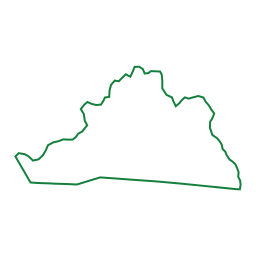 Conceição do Jacuípe, Bahia, Brazil (Robinson projection)
{"feature_id": "56859067B72912801281575", "entity_name": "Conceição do Jacuípe", "entity_type": "district", "adm_level": 2, "iso_a3": "BRA", "parent_name": "Brazil", "parent_adm1": "Bahia", "projection": "robinson", "projection_center": [-38.743, -12.327], "detail": "fine", "context": "isolated", "style": "outline", "palette": "green", "viewbox_px": 256, "rotation_deg": 0, "n_neighbors": 0, "source": "geoboundaries", "source_scale": "gbopen_adm2", "svg_char_len": 1253}
<svg xmlns="http://www.w3.org/2000/svg" viewBox="0 0 256 256"><path d="M239.9,189.3L240.6,184.7L240.1,180.5L238.2,176.7L238.6,172.3L237.1,168.1L235.3,164.1L232.5,161.6L229.6,159.5L226.8,155.5L225.2,151.5L222.6,149.1L221.8,144.8L219.6,141.2L217.0,138.1L212.4,135.0L209.9,127.8L210.1,121.9L212.3,118.3L214.2,113.5L211.4,109.7L208.9,105.5L205.5,101.5L203.4,97.5L198.3,96.0L193.6,97.2L188.8,98.6L184.8,97.4L181.7,100.3L179.3,103.2L175.8,106.2L173.3,101.1L172.0,97.4L166.4,94.8L162.3,88.4L162.3,81.2L161.8,74.9L160.1,71.5L155.4,71.3L151.1,71.1L148.3,73.1L144.7,73.5L142.8,69.0L139.0,66.7L134.6,66.9L132.8,71.5L130.3,76.7L125.7,74.3L122.4,77.6L118.8,81.2L114.7,80.6L111.0,85.0L109.5,90.8L109.2,96.9L104.9,97.5L103.3,101.0L101.0,104.6L96.2,105.0L91.6,103.9L87.4,102.0L84.5,104.5L80.8,109.1L83.8,114.0L84.8,120.8L87.2,125.3L84.8,128.2L82.1,131.6L78.2,133.7L75.9,137.0L72.6,139.6L67.9,139.6L63.1,139.4L58.5,141.2L53.5,142.3L48.0,145.2L45.8,150.3L42.8,155.4L38.6,159.3L33.0,160.6L28.9,156.6L24.5,154.1L18.7,153.2L15.4,156.4L30.5,182.5L37.7,183.0L49.8,183.4L54.8,183.7L59.2,183.8L69.1,184.1L72.8,184.3L76.9,184.5L100.1,177.4L111.7,178.2L137.5,180.1L156.2,181.4L163.1,182.0L183.9,183.9L236.5,189.2L239.9,189.3Z" fill="none" stroke="#15803d" stroke-width="2"/></svg>